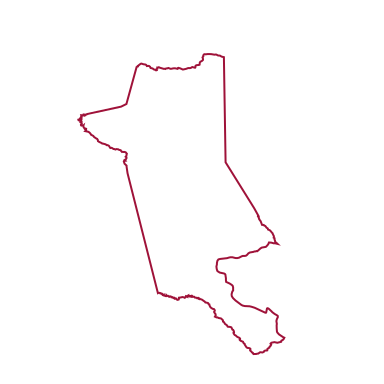 Segovia, Antioquia, Colombia, rotated 106°
{"feature_id": "7082276B19668764793541", "entity_name": "Segovia", "entity_type": "district", "adm_level": 2, "iso_a3": "COL", "parent_name": "Colombia", "parent_adm1": "Antioquia", "projection": "equal_earth", "projection_center": [-74.607, 7.274], "detail": "fine", "context": "isolated", "style": "outline", "palette": "rose", "viewbox_px": 384, "rotation_deg": 106, "n_neighbors": 0, "source": "geoboundaries", "source_scale": "gbopen_adm2", "svg_char_len": 5941}
<svg xmlns="http://www.w3.org/2000/svg" viewBox="0 0 384 384"><g transform="rotate(106 192 192)"><path d="M313.4,68.4L311.4,65.0L310.3,65.1L309.0,63.8L307.9,63.3L306.6,63.1L306.5,64.1L304.9,69.1L303.5,71.3L302.7,71.9L299.7,73.0L296.8,73.9L295.4,74.1L292.8,75.3L290.9,75.4L288.6,75.0L287.5,75.4L287.0,76.6L286.5,78.8L285.4,81.7L284.8,82.6L283.1,86.0L282.9,86.7L282.9,87.4L283.3,87.8L287.2,87.5L287.7,87.7L287.8,88.4L286.0,99.8L285.9,103.3L286.0,105.2L287.1,109.8L287.2,112.1L286.9,113.5L284.3,120.3L282.7,123.3L281.2,125.0L280.1,125.5L279.2,125.8L276.4,125.8L275.4,125.3L272.3,126.2L270.9,127.1L270.3,128.3L269.6,130.6L269.0,134.4L267.4,135.1L265.6,135.6L262.1,137.2L261.7,137.8L261.5,138.7L261.8,143.2L261.2,145.2L260.8,146.0L259.0,147.1L256.9,148.0L254.8,148.1L253.2,148.5L251.0,148.6L249.5,148.0L248.6,146.5L245.9,140.0L244.9,138.5L244.1,137.0L243.6,135.2L243.5,132.1L243.1,130.4L242.2,128.7L240.2,126.6L239.5,125.6L239.0,123.9L238.4,122.6L237.2,121.7L235.4,120.9L234.2,119.7L232.6,116.4L232.0,115.7L231.5,114.3L230.9,113.6L230.9,112.9L227.3,110.6L226.2,109.6L224.4,105.9L222.6,104.9L221.1,104.3L219.3,104.1L218.8,101.7L218.8,99.2L218.4,98.1L218.3,95.5L217.4,97.2L217.4,97.9L217.2,98.2L215.7,98.9L215.1,99.5L213.7,99.9L213.4,100.9L212.2,101.0L211.4,101.5L210.5,102.5L209.5,103.1L209.1,103.9L208.1,105.3L207.3,106.7L207.1,108.6L206.2,109.1L205.7,110.6L204.5,112.1L204.3,113.5L203.9,114.0L204.3,115.6L201.1,118.0L200.4,119.1L199.7,119.6L199.4,120.2L197.6,121.0L197.4,121.3L197.4,121.8L197.1,122.0L196.9,122.0L196.6,121.6L190.5,127.7L154.2,167.9L53.6,198.5L53.7,200.9L53.2,202.7L53.6,204.6L53.2,206.4L53.4,207.4L53.8,208.2L54.2,211.7L55.1,215.0L55.9,216.8L56.0,217.7L56.3,218.3L57.1,218.7L57.7,218.8L58.4,218.5L59.7,219.0L60.5,218.4L61.7,217.9L62.2,217.9L63.4,218.7L64.5,219.9L65.6,220.2L67.5,219.8L68.0,220.4L68.7,222.3L69.4,223.2L69.9,223.4L71.4,223.1L71.7,223.3L71.8,226.2L73.1,227.4L73.5,228.2L73.9,229.8L75.3,231.7L76.8,234.5L76.4,237.4L76.4,239.3L76.7,239.7L77.6,239.8L77.7,242.0L78.0,243.3L78.5,244.5L79.1,245.5L79.5,246.6L79.3,248.9L80.0,249.9L80.4,251.0L81.1,251.5L81.1,252.2L81.4,253.1L81.4,257.2L81.2,258.3L81.7,259.0L81.9,259.7L83.0,259.3L83.7,260.0L84.1,259.9L84.6,259.5L85.0,260.1L84.7,261.2L84.7,262.5L84.1,263.9L84.2,266.0L83.2,266.8L82.7,268.1L82.8,268.7L83.4,270.1L82.6,270.9L82.3,271.7L82.6,274.0L82.5,275.9L82.9,276.7L85.2,278.4L86.0,278.5L86.0,279.0L87.0,279.4L87.2,279.7L125.5,279.3L129.5,283.7L145.8,314.0L146.0,314.0L146.6,315.2L147.5,315.5L147.5,316.1L147.2,316.8L147.3,317.3L147.9,317.0L147.9,317.3L148.1,317.4L148.3,317.3L148.3,317.7L148.6,318.1L148.4,318.9L148.9,319.2L148.9,319.6L149.8,319.1L150.4,319.4L150.7,319.4L151.3,319.1L151.2,318.7L151.8,318.7L152.2,319.2L152.1,319.6L152.3,320.2L152.3,320.8L152.5,320.4L152.4,320.0L152.6,319.5L152.9,319.3L152.8,318.6L153.1,318.7L153.4,319.1L153.6,320.2L153.8,320.1L153.8,320.8L154.1,320.7L154.2,320.9L154.3,320.8L154.1,320.1L154.3,320.0L154.5,319.2L154.2,318.6L154.6,318.7L154.7,317.6L155.2,317.6L155.7,318.0L155.8,317.4L156.2,316.9L157.0,316.7L157.8,316.9L157.9,317.3L158.2,317.2L158.2,316.7L158.6,316.5L158.3,315.7L158.2,315.1L158.2,314.9L157.9,314.7L158.2,314.7L159.7,314.0L160.0,313.6L160.3,313.1L160.4,311.2L160.9,311.1L161.4,311.8L162.1,310.8L162.9,311.3L162.7,308.2L163.1,307.0L164.0,305.5L164.7,305.0L165.3,302.3L166.1,301.3L167.0,298.6L167.1,297.8L167.8,297.0L169.0,296.4L169.4,295.2L169.9,292.2L170.2,291.7L170.0,290.7L170.0,288.1L170.5,286.9L170.2,286.1L170.5,284.7L170.8,284.2L172.0,283.0L172.2,282.6L171.7,281.6L171.8,280.8L172.3,279.3L172.1,278.3L172.3,277.4L171.6,276.5L171.3,274.7L171.6,273.7L171.5,272.1L172.3,271.2L172.8,270.3L172.5,269.9L172.4,268.8L172.1,268.1L172.1,266.8L172.5,266.0L173.1,265.6L173.2,265.2L174.9,265.1L175.3,265.0L176.4,265.5L176.9,264.5L177.8,264.3L178.7,264.6L179.7,265.5L180.3,264.6L180.9,265.9L181.4,266.0L183.4,264.6L184.6,262.3L184.8,262.1L185.4,262.0L191.8,259.1L298.6,196.9L298.1,196.4L298.0,196.0L297.9,194.7L298.2,194.7L298.3,194.5L298.0,192.7L298.2,192.3L298.6,192.3L298.6,191.9L299.1,191.6L299.0,191.1L298.6,190.7L299.2,190.5L299.0,189.6L299.3,189.3L299.4,188.9L299.2,188.2L298.7,188.1L298.9,187.8L298.8,187.7L298.5,187.8L298.8,187.3L298.6,187.1L298.4,186.4L298.8,185.7L298.6,185.4L299.0,184.9L298.2,183.7L298.6,183.0L298.9,182.7L298.4,181.7L299.0,180.9L298.5,179.9L298.7,179.6L299.2,179.7L299.4,179.3L299.4,178.9L298.7,178.2L299.1,177.3L299.6,176.8L299.7,176.3L299.1,175.2L298.1,175.1L297.2,175.4L296.6,174.0L295.6,172.2L295.5,170.7L295.7,169.8L295.1,169.6L294.8,169.1L293.7,169.1L293.7,168.7L294.0,167.5L293.1,167.7L292.5,167.1L293.0,167.0L292.6,165.7L293.1,165.6L293.1,165.3L292.7,164.1L292.0,164.0L291.7,163.6L291.9,163.1L292.8,163.1L292.1,160.9L292.7,160.1L292.4,158.5L292.7,157.9L292.4,157.6L292.0,156.9L292.1,156.5L292.5,156.8L292.8,156.4L293.0,155.3L292.6,154.4L292.8,152.4L293.4,151.0L293.8,149.6L294.5,148.7L294.3,147.1L294.4,145.8L295.1,145.3L295.3,144.3L296.0,144.1L297.6,142.6L298.3,141.2L298.4,140.5L298.6,139.9L298.5,138.6L299.4,137.5L300.2,137.4L301.2,137.7L302.2,136.7L302.8,135.8L304.0,135.2L305.5,135.6L305.8,133.8L305.5,133.0L305.8,131.6L305.6,130.0L305.6,129.1L306.8,126.9L308.0,126.5L308.4,125.2L309.6,124.1L310.5,121.7L311.6,120.6L311.6,120.2L311.2,118.3L311.2,117.3L311.3,116.8L313.1,115.3L313.2,114.4L314.0,113.8L314.2,113.4L315.4,112.9L315.8,113.3L316.5,113.0L317.5,111.8L317.7,111.4L317.9,110.3L318.6,109.1L319.0,107.4L319.1,106.4L319.6,105.4L320.2,105.2L320.8,105.5L321.1,105.3L321.6,104.2L321.9,101.7L323.1,100.7L323.5,99.5L324.1,99.3L326.2,96.9L326.6,95.8L326.4,94.9L326.3,93.5L326.6,92.7L326.9,92.5L328.0,92.6L328.4,92.3L329.0,91.0L329.5,90.4L329.8,89.3L330.1,89.3L330.8,88.2L330.1,85.8L329.4,84.7L329.1,83.8L327.3,82.4L327.1,81.7L326.8,79.9L325.7,78.8L325.1,78.8L324.5,78.3L323.9,77.2L323.8,76.5L323.5,76.0L321.9,76.2L320.2,74.7L319.3,74.8L318.4,74.1L317.7,74.1L317.2,73.8L316.8,73.8L316.1,74.7L315.0,74.1L313.6,71.4L313.4,68.4Z" fill="none" stroke="#9f1239" stroke-width="2"/></g></svg>